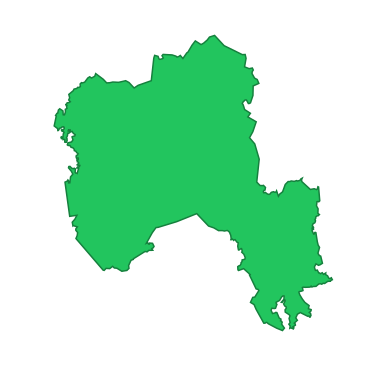 Andrupenes pag., Dagdas, Latvia, rotated 261°
{"feature_id": "27541924B25782397713734", "entity_name": "Andrupenes pag.", "entity_type": "district", "adm_level": 2, "iso_a3": "LVA", "parent_name": "Latvia", "parent_adm1": "Dagdas", "projection": "mercator", "projection_center": [27.362, 56.147], "detail": "fine", "context": "isolated", "style": "filled", "palette": "green", "viewbox_px": 384, "rotation_deg": 261, "n_neighbors": 0, "source": "geoboundaries", "source_scale": "gbopen_adm2", "svg_char_len": 5893}
<svg xmlns="http://www.w3.org/2000/svg" viewBox="0 0 384 384"><g transform="rotate(261 192 192)"><path d="M177.2,69.1L177.4,69.4L175.5,73.3L173.6,71.4L172.2,71.3L169.9,72.7L167.0,71.8L164.2,70.1L128.7,92.0L128.3,93.0L130.0,95.2L129.2,98.7L131.0,102.0L129.1,103.4L128.5,105.8L124.7,110.3L124.7,115.4L126.4,117.8L129.3,117.9L134.1,121.1L134.6,123.5L135.2,123.6L140.6,136.3L139.9,138.3L141.1,140.2L140.6,144.1L142.3,143.4L143.0,145.0L144.2,146.0L147.5,145.0L148.2,142.2L147.2,141.7L147.4,140.9L148.9,140.3L148.5,138.9L158.0,146.4L162.5,150.9L162.4,153.0L165.1,172.3L169.9,193.3L155.8,203.0L153.2,207.9L149.7,212.2L149.1,216.1L148.4,217.9L148.5,220.8L147.8,221.6L146.5,222.7L143.1,223.5L139.8,223.4L138.8,222.9L138.7,223.2L139.2,224.5L137.7,225.6L138.1,226.0L138.2,227.1L135.5,228.5L134.6,229.7L131.3,228.7L127.6,228.8L127.3,229.2L128.5,231.7L128.2,232.1L125.8,232.4L124.8,231.7L122.4,233.5L118.7,234.3L117.3,233.6L117.1,230.9L115.4,230.5L114.5,229.4L113.4,229.2L111.9,227.9L111.7,226.6L111.1,225.5L107.9,225.2L107.2,225.7L108.2,231.0L101.4,236.5L101.0,235.8L86.2,240.2L85.5,242.0L84.2,242.6L78.4,237.6L78.4,235.5L73.8,232.5L71.1,235.7L66.3,236.9L51.2,242.4L51.0,243.5L51.6,245.0L51.4,245.6L49.9,246.8L44.2,254.4L41.0,259.7L43.1,262.0L47.4,259.9L49.3,260.7L50.5,260.1L50.9,259.3L52.5,260.0L53.9,258.4L59.6,257.0L60.0,256.0L59.5,254.7L59.4,252.5L62.9,251.6L64.7,252.7L64.0,255.2L64.1,256.3L67.8,258.3L68.5,257.7L69.9,257.8L71.2,261.5L74.4,264.2L75.2,265.7L74.8,266.7L71.7,266.0L69.1,263.0L68.8,263.7L70.7,265.7L70.9,266.8L69.9,267.0L67.1,265.0L65.0,265.7L63.8,267.0L62.4,266.9L61.1,265.5L58.8,265.3L55.6,268.8L54.3,269.4L51.9,268.1L47.7,268.5L46.3,267.0L44.3,268.0L42.1,267.3L42.4,268.3L40.9,270.7L41.9,271.4L43.0,270.6L44.3,273.3L45.6,273.3L46.5,272.5L48.8,276.0L51.4,274.8L54.8,277.0L56.0,280.1L51.2,286.8L51.2,288.2L50.1,288.5L49.9,289.0L51.5,290.2L53.5,290.1L54.7,289.0L56.0,291.0L57.2,291.3L58.5,288.7L61.5,289.9L65.3,286.2L69.1,284.2L73.5,282.4L75.9,281.9L76.8,282.2L77.0,284.9L77.3,286.2L80.4,286.1L80.6,287.1L80.1,289.2L79.6,293.8L80.4,294.9L79.4,295.5L79.7,297.1L79.4,299.7L81.3,302.8L81.3,304.7L80.7,305.4L80.9,306.6L81.4,307.2L80.9,308.7L82.5,312.1L82.2,314.8L82.9,315.3L83.4,316.9L85.5,316.2L84.9,314.7L85.5,313.6L88.0,312.8L89.6,311.0L91.1,311.4L90.1,309.0L91.9,308.0L91.2,306.0L92.1,305.3L92.3,304.5L95.3,303.5L95.2,301.9L95.4,301.6L98.0,301.2L99.0,301.3L101.6,303.2L99.8,305.5L100.1,307.2L101.2,309.7L108.5,309.1L109.4,307.8L111.8,306.8L117.3,309.3L119.8,308.3L123.3,308.0L132.5,308.0L132.8,307.6L132.8,306.9L131.4,306.1L131.4,305.6L135.0,304.5L135.5,304.5L136.2,306.2L136.5,306.2L136.4,305.3L137.2,304.9L138.3,305.4L137.9,306.2L138.1,306.5L140.0,305.6L141.7,306.6L142.4,308.5L143.5,309.2L144.4,309.5L145.4,309.1L146.7,310.1L148.0,310.3L148.9,311.9L148.8,312.9L149.8,314.3L151.2,313.0L155.7,313.9L158.8,312.8L162.9,313.9L162.9,315.0L162.5,315.7L163.3,316.8L177.1,317.8L177.5,317.2L175.3,316.2L174.9,315.4L176.1,313.2L176.0,309.3L185.1,302.1L186.9,302.1L188.4,303.0L187.9,301.6L186.6,300.4L186.3,298.0L186.9,297.2L186.5,294.6L187.4,291.6L187.0,290.5L187.3,288.6L184.9,285.3L178.0,281.5L176.3,278.4L174.3,276.7L179.9,275.7L178.8,275.0L178.8,273.6L179.5,272.7L179.4,271.1L179.2,270.2L177.7,268.5L177.6,267.6L178.2,266.2L180.1,264.4L179.9,262.9L180.9,262.4L182.3,263.2L182.5,264.4L185.0,265.3L187.4,263.6L187.3,262.5L187.8,260.2L191.7,257.5L213.9,263.5L229.7,261.5L236.6,257.3L242.0,261.5L251.3,266.4L257.4,258.9L260.6,262.0L265.2,256.9L270.1,256.2L271.5,255.5L272.8,256.4L274.6,258.9L274.3,260.2L270.6,261.5L270.4,262.1L270.9,263.7L277.8,267.3L287.2,269.0L288.8,275.0L292.9,274.0L294.7,271.6L299.6,269.8L301.4,270.3L302.9,271.6L305.0,271.0L304.9,267.7L307.4,263.5L315.6,266.3L319.5,266.0L319.8,263.2L331.5,246.6L343.1,238.8L342.3,233.5L339.8,230.9L337.2,226.8L336.2,224.0L340.7,218.9L337.1,215.1L330.8,209.9L330.2,208.6L325.3,203.9L328.7,201.8L327.9,200.2L327.6,198.3L328.7,197.4L330.5,193.8L332.4,185.0L331.3,183.7L328.9,184.6L328.3,183.7L328.0,181.0L328.7,180.2L331.3,179.7L332.8,176.5L330.2,175.2L308.3,169.2L305.8,155.5L303.8,151.1L310.0,146.9L312.3,143.9L311.8,136.7L313.0,131.0L312.8,127.8L313.1,124.8L317.2,122.0L324.0,115.4L321.6,114.1L321.3,113.5L320.3,110.6L321.8,109.0L320.9,106.9L317.2,103.1L316.9,100.4L317.3,99.9L316.2,98.4L313.6,98.2L312.9,96.6L313.3,95.6L312.3,94.3L312.1,91.6L310.6,90.5L307.7,85.6L304.1,85.9L302.2,84.6L300.2,85.9L299.6,84.4L299.6,82.6L298.7,82.1L298.2,81.0L297.7,81.0L297.0,82.0L296.2,81.5L294.1,81.6L293.5,79.8L290.8,79.5L288.3,78.2L288.1,77.8L288.4,76.9L292.3,77.2L294.9,74.4L293.9,72.9L290.9,71.7L290.8,70.9L288.9,69.2L288.2,69.8L278.8,66.2L275.6,69.2L273.7,69.1L273.7,69.7L275.5,71.1L275.8,71.7L275.7,72.6L276.7,74.0L276.3,74.9L276.5,75.4L275.9,75.8L274.7,75.8L273.4,74.4L273.3,74.0L274.0,73.4L273.7,72.7L272.3,73.2L271.9,74.3L270.9,75.0L269.6,74.0L266.1,73.0L267.0,71.6L266.3,71.1L265.2,71.4L265.5,72.3L265.1,72.8L263.9,72.8L264.0,74.1L263.6,74.6L261.2,74.1L260.9,74.6L260.8,75.7L262.2,76.7L264.4,76.9L265.1,76.4L266.9,77.7L269.4,78.5L269.3,79.4L269.9,80.7L271.4,80.1L271.7,79.2L272.8,79.8L272.4,81.4L271.2,81.3L270.4,82.2L270.6,83.1L268.4,84.0L267.0,85.6L265.7,85.0L265.6,83.2L265.2,82.1L262.2,82.6L260.3,80.9L260.0,77.2L258.1,76.2L257.4,76.8L256.9,78.8L255.1,79.5L254.3,81.3L252.5,82.4L251.3,82.2L250.3,83.8L249.0,84.2L247.8,85.5L246.4,84.7L246.2,83.5L244.8,83.0L243.1,83.3L243.7,84.7L243.2,85.0L241.9,84.8L241.7,83.6L241.3,83.3L240.7,83.8L239.9,83.4L239.6,84.0L238.3,84.7L236.8,82.8L236.2,83.6L236.0,85.3L235.5,85.4L234.4,84.1L234.7,83.1L234.1,82.2L233.6,82.2L233.7,83.3L233.1,83.7L228.3,81.5L228.8,80.9L228.8,80.2L229.6,79.6L233.0,80.5L233.9,79.4L233.6,78.7L234.2,77.0L236.4,75.5L236.4,74.3L235.2,73.8L231.5,76.0L228.3,77.1L225.9,74.4L220.2,72.8L220.3,71.5L221.6,71.8L222.1,71.0L222.7,71.7L223.3,71.3L222.3,70.5L221.6,68.1L187.1,67.4L187.0,74.7L183.4,72.0L180.9,69.0L177.2,69.1Z" fill="#22c55e" stroke="#15803d" stroke-width="1.5"/></g></svg>